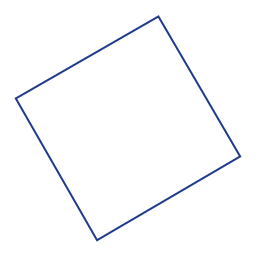 outline of Archer, Texas, United States of America, rotated 60°
{"feature_id": "52423323B89953257646119", "entity_name": "Archer", "entity_type": "district", "adm_level": 2, "iso_a3": "USA", "parent_name": "United States of America", "parent_adm1": "Texas", "projection": "natural_earth1", "projection_center": [-98.688, 33.616], "detail": "fine", "context": "isolated", "style": "outline", "palette": "blue", "viewbox_px": 256, "rotation_deg": 60, "n_neighbors": 0, "source": "geoboundaries", "source_scale": "gbopen_adm2", "svg_char_len": 232}
<svg xmlns="http://www.w3.org/2000/svg" viewBox="0 0 256 256"><g transform="rotate(60 128 128)"><path d="M46.3,210.4L209.7,210.9L209.5,184.3L208.7,45.1L46.6,45.9L46.3,210.4Z" fill="none" stroke="#1e3a8a" stroke-width="2"/></g></svg>